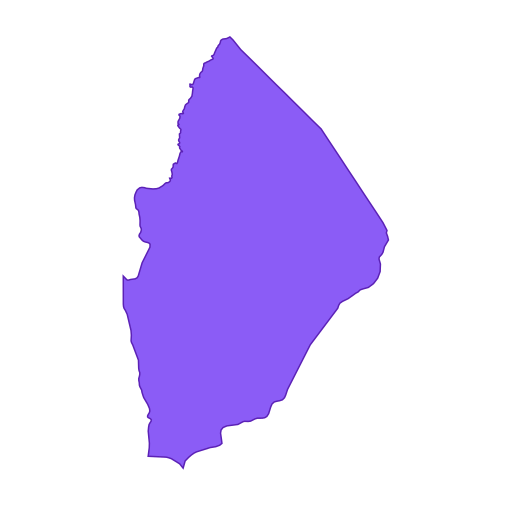 outline of Pastaza, rotated 274°
{"feature_id": "ECU-1288", "entity_name": "Pastaza", "entity_type": "Province", "adm_level": 1, "iso_a3": "ECU", "parent_name": "Ecuador", "parent_adm1": "", "projection": "orthographic", "projection_center": [-76.647, -1.794], "detail": "fine", "context": "isolated", "style": "filled", "palette": "violet", "viewbox_px": 512, "rotation_deg": 274, "n_neighbors": 0, "source": "natural_earth", "source_scale": "10m", "svg_char_len": 4192}
<svg xmlns="http://www.w3.org/2000/svg" viewBox="0 0 512 512"><g transform="rotate(274 256 256)"><path d="M472.7,214.7L470.0,217.9L460.8,226.4L454.1,234.3L445.8,244.0L437.4,253.7L429.0,263.4L420.7,273.2L412.3,282.9L404.0,292.6L395.6,302.3L387.3,312.1L377.3,319.7L367.3,327.4L357.4,335.0L347.4,342.6L337.4,350.3L327.4,357.9L317.5,365.5L307.5,373.2L298.0,380.4L290.6,384.9L288.1,384.4L284.8,385.9L281.2,387.0L274.2,383.5L268.5,382.4L266.3,381.3L263.6,379.1L261.6,378.9L256.6,380.7L249.1,380.9L242.3,378.9L236.6,375.1L232.5,370.3L230.5,364.6L230.2,364.0L229.6,362.4L228.4,361.3L227.3,360.4L225.8,358.0L219.9,350.9L216.8,345.5L214.8,343.0L212.5,341.9L209.6,341.2L171.2,316.3L125.2,296.8L119.3,295.3L116.6,294.3L114.4,292.4L113.3,289.7L112.6,287.0L111.7,284.4L109.5,282.3L106.4,281.2L99.6,279.6L96.7,278.0L95.3,276.0L94.7,273.6L94.3,268.6L93.4,266.3L90.9,262.1L90.4,259.8L90.3,256.1L89.8,254.6L86.7,249.7L84.5,238.8L82.6,235.1L80.0,233.3L76.8,233.0L69.3,234.6L66.7,235.1L64.7,233.0L63.0,229.2L61.7,223.6L56.5,210.4L55.1,208.0L53.0,205.4L50.5,202.9L46.6,199.6L39.3,198.1L43.4,194.3L47.9,185.7L48.6,183.2L49.1,180.6L48.7,162.4L57.2,162.9L61.9,162.7L73.8,160.7L77.9,160.8L80.4,161.1L82.2,161.9L83.7,162.8L85.3,163.0L86.3,162.0L87.3,159.7L87.9,159.1L88.8,159.0L90.3,159.5L91.9,160.4L93.9,160.9L96.4,160.4L100.5,158.3L106.9,153.9L108.7,153.1L112.0,151.8L114.2,151.3L117.5,149.3L119.0,148.7L121.4,148.4L123.6,147.8L125.6,147.6L128.0,148.1L129.8,148.3L131.5,148.2L133.6,147.3L135.9,146.8L143.9,146.0L158.8,139.2L160.9,137.9L162.6,137.3L168.3,137.2L173.0,136.5L188.8,131.6L192.6,129.5L194.5,128.1L196.3,127.4L198.7,127.0L226.7,125.0L223.3,128.8L222.9,129.9L223.2,130.9L223.8,132.4L224.8,137.1L226.0,138.9L227.8,139.9L241.3,142.9L257.4,149.6L260.4,149.5L261.6,148.1L262.0,146.4L262.3,144.4L262.9,142.6L263.9,141.2L267.0,138.2L268.0,137.9L269.6,138.2L271.5,139.3L273.9,139.8L275.3,139.6L277.7,138.3L278.9,138.1L283.1,137.9L286.4,137.4L289.8,136.4L291.3,136.2L292.9,135.7L293.7,135.1L295.0,133.2L295.8,132.8L299.0,132.2L303.1,131.0L305.6,130.7L308.6,131.0L311.4,131.9L313.7,132.9L315.9,135.3L316.5,137.4L316.4,139.8L315.9,142.0L315.7,148.6L316.2,152.1L317.1,154.6L318.5,156.5L319.3,157.7L320.2,158.7L321.6,159.9L322.4,160.7L322.8,161.4L322.9,162.5L323.2,163.5L324.2,164.7L325.1,165.3L326.4,165.1L327.1,164.6L327.6,164.4L327.7,164.9L327.5,165.7L327.6,166.3L328.3,166.7L330.0,166.4L331.6,166.8L333.6,166.3L334.8,165.9L335.8,165.5L336.7,165.6L337.8,166.5L338.9,167.1L340.2,167.1L341.2,167.0L341.9,167.2L342.3,167.8L343.0,168.8L343.2,169.4L342.8,170.0L342.7,170.6L343.6,171.1L346.0,171.5L350.2,172.6L352.7,173.0L354.1,173.5L354.7,173.9L354.8,175.2L355.1,175.3L355.7,174.8L356.1,174.1L356.6,173.5L357.8,172.8L358.1,172.4L358.5,172.3L359.1,172.2L359.8,172.4L360.5,171.8L361.0,171.0L361.6,170.4L362.1,170.5L362.5,171.2L362.9,171.8L363.6,172.0L364.5,171.6L365.4,170.9L366.3,170.7L367.1,170.9L368.5,171.6L371.4,171.2L372.4,171.1L373.2,171.9L373.7,172.2L374.8,172.1L375.5,172.1L376.6,172.3L377.1,172.2L377.7,171.6L378.1,171.0L379.8,169.5L380.5,169.0L380.9,168.9L381.3,169.1L381.5,169.7L381.7,169.9L382.2,169.7L382.4,169.1L383.2,168.9L384.9,168.9L387.9,170.3L389.6,170.5L390.5,170.2L391.0,169.5L391.4,169.3L392.0,169.4L392.5,170.4L392.9,171.4L392.8,172.3L392.8,173.1L393.2,173.6L393.9,173.4L394.3,173.0L394.9,172.8L396.0,173.2L397.8,174.2L399.8,174.5L401.8,175.1L403.1,176.4L403.8,177.4L404.6,178.1L406.8,178.0L407.6,178.5L408.7,179.6L410.9,180.9L413.7,181.2L416.7,181.3L418.3,181.5L419.4,181.4L420.0,180.9L420.1,180.2L419.9,179.3L420.0,178.7L420.4,178.3L421.6,178.3L422.3,178.1L422.9,178.2L422.8,178.9L422.5,179.7L422.6,180.6L423.4,181.4L427.5,182.4L428.6,183.0L429.8,185.7L430.2,186.7L430.1,187.3L430.5,187.5L431.5,187.2L432.5,187.1L433.7,187.3L435.0,188.0L435.7,188.6L436.3,189.3L437.1,189.7L439.5,189.9L442.0,190.6L444.0,190.5L444.8,191.1L445.3,192.5L445.8,192.9L447.1,195.5L448.7,197.7L449.2,199.0L449.8,199.5L450.9,199.0L451.6,198.3L452.2,197.8L452.6,198.0L452.9,198.8L453.3,199.5L454.2,200.1L455.7,200.5L460.7,202.3L461.7,203.3L462.6,203.4L463.6,203.9L464.7,204.9L466.6,205.5L467.9,205.6L469.1,206.3L470.1,207.8L470.8,211.4L472.6,214.6L472.7,214.7Z" fill="#8b5cf6" stroke="#5b21b6" stroke-width="1.5"/></g></svg>